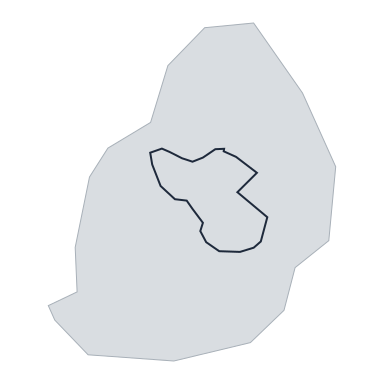 Moka on a map of Mauritius (Mercator projection)
{"feature_id": "MUS-5186", "entity_name": "Moka", "entity_type": "District", "adm_level": 1, "iso_a3": "MUS", "parent_name": "Mauritius", "parent_adm1": "", "projection": "mercator", "projection_center": [57.579, -20.265], "detail": "fine", "context": "in_parent", "style": "outline", "palette": "slate", "viewbox_px": 384, "rotation_deg": 0, "n_neighbors": 0, "source": "natural_earth", "source_scale": "10m", "svg_char_len": 731}
<svg xmlns="http://www.w3.org/2000/svg" viewBox="0 0 384 384"><path d="M250.4,342.6L173.8,361.0L88.1,354.8L54.8,320.1L48.3,305.6L77.1,291.9L75.2,247.4L89.5,177.0L107.9,148.1L150.6,122.4L167.9,65.6L204.7,27.7L253.6,23.0L302.5,93.0L335.7,166.7L328.8,240.6L295.1,267.6L284.0,310.3L250.4,342.6Z" fill="#d9dde1" stroke="#a8b0b8" stroke-width="1"/><path d="M224.1,148.8L223.7,151.3L236.1,156.9L256.9,172.8L237.4,192.2L267.3,217.2L260.8,241.5L253.7,247.7L240.0,251.9L219.2,251.2L206.2,242.2L200.3,231.1L202.9,222.8L192.5,208.9L186.7,200.6L174.9,199.2L160.6,186.0L152.2,164.5L150.2,152.7L161.9,148.6L169.7,152.0L182.1,158.3L186.8,159.8L192.5,161.7L202.9,157.6L215.3,149.2L224.1,148.8Z" fill="none" stroke="#1e293b" stroke-width="2"/></svg>